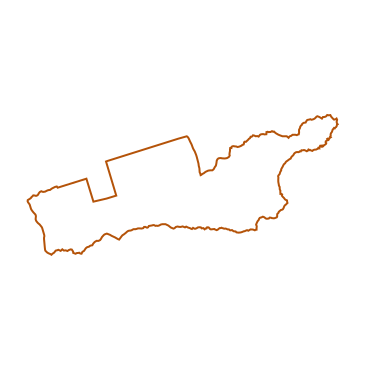 outline of Cerejeiras, Rondônia, Brazil, rotated 163°
{"feature_id": "56859067B66697352879536", "entity_name": "Cerejeiras", "entity_type": "district", "adm_level": 2, "iso_a3": "BRA", "parent_name": "Brazil", "parent_adm1": "Rondônia", "projection": "robinson", "projection_center": [-61.397, -13.184], "detail": "fine", "context": "isolated", "style": "outline", "palette": "amber", "viewbox_px": 384, "rotation_deg": 163, "n_neighbors": 0, "source": "geoboundaries", "source_scale": "gbopen_adm2", "svg_char_len": 6028}
<svg xmlns="http://www.w3.org/2000/svg" viewBox="0 0 384 384"><g transform="rotate(163 192 192)"><path d="M344.8,173.1L343.4,173.8L341.6,174.3L339.5,175.8L337.9,175.7L336.7,175.8L334.8,174.1L332.8,175.1L331.7,173.5L329.8,173.1L328.4,172.0L326.7,172.5L324.8,172.6L323.8,172.1L323.1,169.8L323.4,168.5L321.4,167.0L320.0,167.3L318.8,167.0L317.6,166.9L316.8,165.8L315.7,165.3L314.3,166.8L312.4,167.3L310.5,168.9L309.5,169.5L308.3,169.9L306.6,169.8L305.4,170.3L304.3,170.4L302.9,170.2L301.6,171.5L299.6,172.7L297.5,173.2L295.7,172.6L293.9,172.9L292.6,173.9L291.3,175.2L289.0,176.6L288.0,177.0L285.6,177.1L282.8,174.9L281.8,173.7L278.9,171.1L276.7,168.7L275.6,167.8L272.2,170.3L271.1,171.0L269.8,171.3L267.2,172.3L265.8,173.0L264.5,173.4L263.4,173.4L262.0,173.1L260.7,173.1L259.9,173.4L258.5,173.5L257.2,173.0L255.6,172.9L254.3,173.0L252.7,172.5L250.9,171.8L249.2,171.7L248.0,172.6L246.9,172.3L245.4,171.0L244.3,171.1L243.2,172.1L240.0,171.7L238.9,171.7L238.1,171.5L236.8,170.3L235.9,170.2L234.6,169.6L233.0,169.6L231.4,170.0L229.8,169.9L226.8,169.0L224.4,166.8L222.7,164.3L221.3,163.1L220.4,162.4L219.3,162.5L217.6,163.3L215.9,163.2L214.5,162.4L213.0,161.9L211.0,161.8L209.0,160.2L207.7,160.6L206.1,159.1L204.6,158.1L203.7,157.2L202.9,156.6L201.5,157.4L200.4,156.2L199.5,155.9L198.1,156.0L196.8,156.4L195.5,156.2L193.9,155.6L193.4,154.4L191.8,154.2L190.8,152.6L189.7,153.2L188.8,152.9L187.9,153.8L186.5,153.3L186.0,152.4L185.5,151.2L184.8,150.7L181.5,150.1L180.8,149.3L179.5,148.3L178.3,148.5L177.0,149.1L176.0,149.4L175.2,149.1L174.2,149.2L173.6,148.6L172.7,148.1L172.0,147.5L170.8,147.3L169.8,146.7L169.0,145.9L167.6,145.4L166.8,144.2L165.9,144.0L164.9,143.9L163.7,142.3L161.8,141.5L161.3,140.4L159.3,139.5L157.2,139.1L155.5,139.1L154.0,139.3L153.1,139.1L152.1,139.3L150.5,139.4L149.5,138.5L147.9,138.9L147.0,139.1L144.7,138.3L143.1,137.0L142.2,137.3L141.3,137.1L140.7,138.9L140.2,140.0L140.1,141.1L140.3,141.9L139.6,142.9L137.9,144.8L136.5,145.7L135.7,146.7L134.8,147.4L133.9,147.5L133.0,147.4L131.6,147.7L130.9,147.3L130.0,146.4L129.3,145.2L128.2,144.5L126.3,144.2L125.2,144.8L124.1,144.4L123.3,143.7L121.4,142.9L120.5,142.8L118.3,143.0L117.6,143.9L117.3,145.1L116.8,146.1L115.3,146.9L114.8,147.7L112.2,148.8L111.4,148.7L110.2,148.9L109.1,149.9L108.2,151.1L107.4,151.9L106.6,152.3L105.7,152.6L104.9,153.1L103.9,153.6L103.9,154.7L103.6,156.2L104.8,157.2L105.3,157.9L105.8,159.4L106.4,160.5L106.9,161.5L107.1,162.4L106.5,163.3L107.1,164.1L108.0,164.3L107.5,166.4L107.1,167.4L107.3,168.8L107.0,170.1L106.7,171.2L107.0,172.7L106.8,173.8L106.6,175.8L106.4,176.9L105.7,179.2L105.2,180.4L105.0,182.0L104.3,182.7L103.1,183.4L101.4,185.8L100.5,186.4L100.1,187.6L98.8,188.9L98.2,189.4L96.9,190.8L96.1,191.6L94.5,192.3L93.7,193.1L92.9,193.6L91.5,194.0L90.3,194.5L89.0,194.9L87.9,195.1L86.9,196.2L86.1,196.8L85.1,197.2L84.0,197.9L83.0,198.9L82.1,199.3L81.0,199.6L79.8,199.5L78.7,199.0L77.8,199.0L77.1,199.4L76.1,199.0L75.1,199.9L74.1,199.5L72.6,199.4L71.5,198.6L70.3,197.4L69.2,197.7L68.3,198.5L67.8,197.7L67.0,197.9L65.8,196.7L64.8,196.1L63.9,196.6L62.5,196.7L61.1,196.3L59.7,196.5L58.5,196.7L57.7,196.5L57.9,197.4L56.9,197.4L56.1,198.5L54.5,197.2L53.7,197.3L54.2,198.4L52.4,198.0L51.0,198.4L50.0,198.7L49.3,199.5L49.7,200.3L49.3,201.3L48.1,201.8L46.9,201.8L47.2,203.2L46.3,203.4L45.7,202.4L44.2,203.6L43.3,203.8L43.7,204.6L42.9,205.3L42.6,206.6L42.0,207.5L40.7,208.5L39.7,209.8L39.2,210.6L38.4,211.0L37.5,211.7L36.9,211.1L36.2,211.7L35.2,212.0L34.4,212.7L33.7,214.0L32.9,214.2L33.3,215.4L33.2,216.7L32.1,218.6L32.3,220.0L33.4,219.6L35.0,219.7L35.7,220.8L36.3,222.1L36.9,223.4L37.2,225.1L38.9,225.4L40.2,226.1L41.5,225.2L42.7,225.0L43.8,225.1L44.9,225.4L46.3,224.2L47.2,225.3L48.4,226.6L50.0,227.8L51.0,227.6L51.9,227.0L53.4,226.3L54.7,226.1L55.9,226.1L56.7,226.2L57.5,227.0L58.8,227.0L60.7,227.2L62.1,226.2L63.0,225.2L65.1,225.5L66.7,224.9L67.3,224.1L68.3,223.7L69.4,222.8L69.9,221.8L71.5,220.1L72.3,217.3L73.1,215.9L74.2,216.0L75.1,215.7L76.6,216.6L78.1,217.0L78.9,217.3L79.8,217.1L80.7,216.7L82.0,216.7L82.8,216.4L83.8,215.6L85.1,217.6L86.3,218.0L88.1,218.5L89.1,218.8L91.1,220.3L92.7,221.6L93.5,222.5L94.3,223.3L95.0,224.2L95.9,225.8L96.8,225.8L97.2,226.5L98.0,226.8L99.2,226.4L100.2,226.7L101.1,226.8L102.1,227.5L103.3,227.5L103.5,226.6L104.0,225.5L105.9,225.9L107.0,226.6L109.1,227.0L110.2,226.8L111.4,226.0L112.1,225.5L113.2,226.4L114.8,226.7L116.0,227.8L117.1,228.4L118.2,227.6L119.0,227.4L119.8,227.7L120.9,226.5L122.1,226.2L123.1,225.5L123.8,225.2L125.8,224.2L126.8,224.7L127.7,224.3L128.1,223.2L128.8,222.3L130.0,222.4L131.1,221.8L131.9,221.8L132.9,221.6L134.1,221.6L135.3,221.7L136.4,222.6L137.7,223.1L138.8,223.7L140.1,223.9L141.1,223.5L141.5,222.5L142.6,222.9L143.3,221.4L143.6,220.3L144.7,218.2L145.2,217.0L145.2,216.0L146.2,214.9L147.3,214.5L148.6,214.2L149.7,214.3L151.0,214.5L153.6,215.5L154.4,216.0L155.2,216.2L156.0,216.4L157.0,216.4L158.2,215.8L159.2,214.7L160.1,212.7L161.1,210.8L161.6,210.1L162.6,209.4L163.4,208.7L164.2,207.8L165.1,207.2L166.2,206.8L167.9,207.3L168.8,207.5L170.3,207.7L173.2,207.3L175.2,206.5L176.9,206.2L178.0,205.7L178.8,205.6L178.7,207.3L178.9,208.7L178.0,212.5L177.9,215.0L177.5,217.3L177.2,224.1L177.2,226.2L177.4,228.6L177.5,229.9L178.1,232.5L178.3,234.0L178.5,237.6L179.1,241.0L179.3,242.7L179.5,244.2L179.9,245.6L180.7,246.8L189.5,247.0L263.7,246.4L265.3,246.3L265.5,210.7L275.7,210.7L289.1,211.6L289.1,235.6L319.2,235.4L319.7,236.8L321.4,236.9L324.4,236.4L325.6,236.1L327.0,235.5L328.9,235.8L330.3,235.7L331.3,235.5L332.4,235.3L334.3,235.6L335.0,236.0L335.9,236.8L337.5,236.5L339.0,235.5L339.9,234.5L340.9,234.0L342.3,233.9L343.6,234.7L344.8,235.2L346.1,234.4L347.1,234.0L347.9,233.3L349.1,232.9L351.4,232.3L351.9,231.3L351.8,230.1L350.9,227.5L350.9,222.9L350.7,221.9L350.4,220.9L349.6,218.8L348.3,216.2L348.3,214.6L349.5,211.7L349.5,210.2L349.1,208.9L348.4,207.3L347.2,205.5L346.0,202.5L345.8,201.3L345.9,193.9L346.2,192.7L346.7,191.9L347.2,190.5L349.1,181.4L349.4,179.6L349.4,178.7L348.2,176.5L347.2,175.4L345.5,174.0L344.8,173.1Z" fill="none" stroke="#b45309" stroke-width="2"/></g></svg>